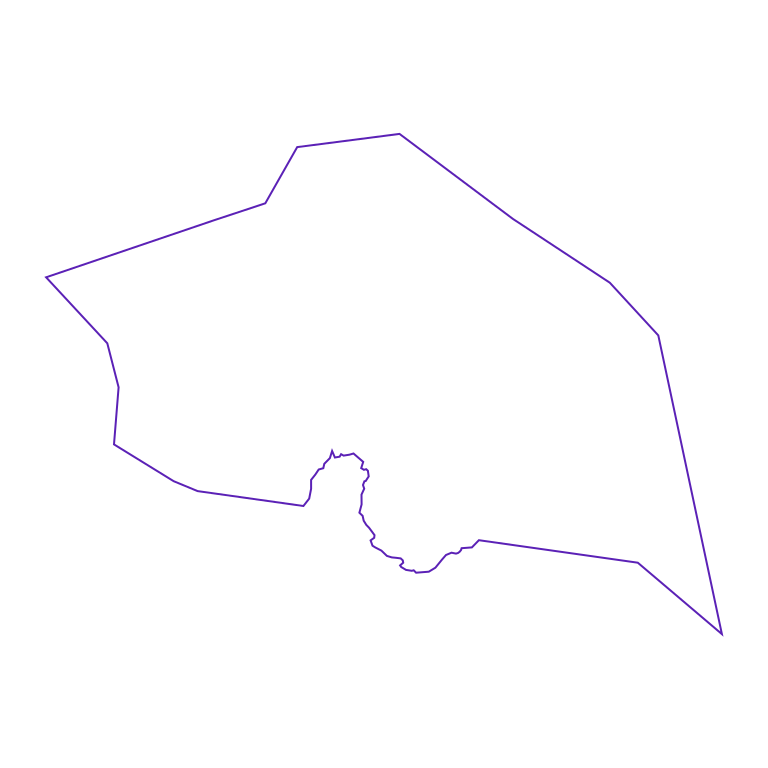 the district of San Juan Lajarcia, Oaxaca, Mexico
{"feature_id": "50627088B50944578891285", "entity_name": "San Juan Lajarcia", "entity_type": "district", "adm_level": 2, "iso_a3": "MEX", "parent_name": "Mexico", "parent_adm1": "Oaxaca", "projection": "mercator", "projection_center": [-95.925, 16.508], "detail": "fine", "context": "isolated", "style": "outline", "palette": "violet", "viewbox_px": 768, "rotation_deg": 0, "n_neighbors": 0, "source": "geoboundaries", "source_scale": "gbopen_adm2", "svg_char_len": 1098}
<svg xmlns="http://www.w3.org/2000/svg" viewBox="0 0 768 768"><path d="M297.2,147.1L265.3,203.3L213.6,220.4L46.1,277.3L107.3,343.3L118.6,387.3L114.0,444.4L169.8,478.8L173.7,481.2L197.6,491.1L303.4,506.0L309.2,498.6L311.1,488.8L311.1,479.9L315.3,474.6L318.7,469.5L323.3,468.2L324.3,463.8L329.9,458.1L332.1,451.0L334.9,457.5L339.6,456.7L341.1,454.2L343.6,455.6L349.4,454.7L353.5,453.5L363.2,461.9L361.2,468.1L363.9,469.8L366.2,469.2L367.9,470.8L368.7,476.4L365.7,481.0L364.4,481.3L363.0,485.0L364.2,488.7L361.5,494.6L361.6,504.4L359.4,512.7L360.7,514.0L362.6,515.8L363.7,520.7L366.3,524.9L369.1,527.8L374.5,535.1L374.2,537.8L370.6,540.4L372.5,545.7L375.2,547.4L381.4,550.6L386.9,555.9L391.8,557.4L396.0,557.8L400.7,558.4L402.8,560.4L403.2,562.7L400.1,565.4L401.2,567.0L406.0,569.9L411.8,570.8L413.7,570.3L416.1,572.7L428.8,571.7L435.4,567.7L442.0,559.6L446.0,555.0L451.5,552.7L456.0,553.6L458.0,553.0L459.6,551.8L461.0,550.1L461.6,548.2L471.9,547.4L478.9,540.2L637.8,562.7L721.9,634.1L658.3,335.4L609.8,282.7L512.9,218.9L399.5,133.9L297.2,147.1Z" fill="none" stroke="#5b21b6" stroke-width="2"/></svg>